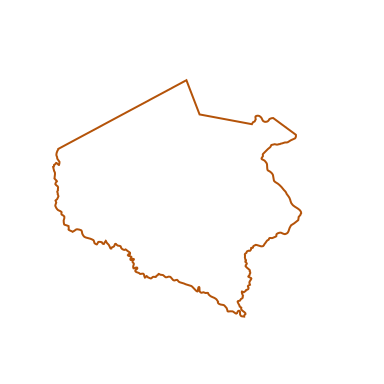 outline of La Campa, Lempira, Honduras, rotated 135°
{"feature_id": "27666195B33699186297111", "entity_name": "La Campa", "entity_type": "district", "adm_level": 2, "iso_a3": "HND", "parent_name": "Honduras", "parent_adm1": "Lempira", "projection": "equal_earth", "projection_center": [-88.545, 14.476], "detail": "fine", "context": "isolated", "style": "outline", "palette": "amber", "viewbox_px": 384, "rotation_deg": 135, "n_neighbors": 0, "source": "geoboundaries", "source_scale": "gbopen_adm2", "svg_char_len": 6011}
<svg xmlns="http://www.w3.org/2000/svg" viewBox="0 0 384 384"><g transform="rotate(135 192 192)"><path d="M298.3,245.1L297.5,243.5L297.4,243.0L297.9,241.8L298.9,240.4L299.3,239.5L299.7,238.0L299.8,236.4L299.2,234.8L296.9,230.8L296.2,229.1L295.8,227.8L295.8,227.2L297.1,224.7L297.0,224.0L296.8,223.1L296.4,222.3L296.2,222.2L293.6,222.9L293.0,222.5L292.0,221.4L291.4,220.4L291.3,219.9L291.6,219.2L291.7,218.7L291.4,218.0L291.1,217.6L289.2,218.1L287.5,218.4L287.5,218.2L287.9,217.3L288.2,215.9L288.2,214.0L288.3,213.1L289.3,210.4L289.5,209.8L289.4,209.4L289.0,209.1L288.5,209.5L288.0,209.5L286.7,209.0L285.6,208.7L283.2,209.6L282.7,209.4L282.5,209.0L282.6,208.0L282.4,206.6L281.3,205.1L280.9,204.2L281.0,203.7L281.4,203.1L281.6,202.5L281.7,201.2L281.5,200.3L280.9,199.0L280.4,198.6L279.6,198.4L279.4,197.7L279.3,196.1L278.8,193.4L278.8,192.9L279.4,192.2L280.0,191.9L280.3,192.0L280.4,192.6L280.8,192.9L282.0,192.7L282.1,192.3L282.0,191.7L280.9,189.8L280.8,188.9L281.0,188.7L283.0,188.2L283.4,187.5L283.3,187.1L283.1,186.9L282.2,187.1L281.4,186.9L280.7,186.0L280.6,185.6L280.9,185.3L282.5,185.4L283.3,184.8L283.6,184.4L283.7,182.8L284.0,182.2L286.0,181.1L286.8,180.4L287.1,179.8L287.3,179.4L287.1,179.1L285.3,178.3L284.5,177.7L284.3,177.3L284.5,176.8L285.2,176.5L287.2,176.7L287.8,176.4L288.1,175.9L288.1,175.5L288.0,174.8L286.8,172.3L286.6,170.7L284.8,169.3L284.4,168.9L284.2,168.5L284.4,167.5L285.4,165.9L285.8,164.8L285.3,164.5L284.2,164.8L283.6,164.7L283.4,163.8L283.5,162.8L282.4,160.2L281.9,159.8L281.5,159.7L280.2,159.7L279.5,159.5L279.0,159.1L278.0,157.8L277.4,157.5L277.1,157.5L276.3,157.9L275.4,157.5L274.4,157.5L273.7,157.7L273.4,157.6L273.1,156.8L272.9,155.9L271.7,154.4L271.2,153.6L271.0,150.8L270.8,150.2L270.0,149.5L268.4,148.7L267.8,148.0L267.4,147.4L267.3,146.8L267.6,143.2L267.4,142.5L266.9,141.8L265.4,141.0L264.7,140.4L264.6,139.7L264.8,138.0L264.4,136.7L262.4,133.0L261.7,131.2L259.0,126.1L258.8,125.0L258.9,119.2L258.7,118.2L258.4,117.8L258.2,117.8L255.1,119.9L254.6,120.0L254.2,119.8L254.2,119.5L254.4,119.1L256.7,116.6L256.9,115.8L256.9,115.0L256.8,114.5L256.5,114.0L254.8,113.0L253.9,111.1L253.4,110.6L252.5,109.9L252.1,109.2L252.7,107.8L252.6,105.8L252.3,104.4L251.0,101.1L250.6,98.9L251.1,96.2L251.2,95.9L251.7,95.7L252.0,95.2L252.1,94.7L252.1,94.2L251.9,93.5L251.4,92.3L249.7,89.9L249.4,89.1L249.4,88.3L249.6,85.4L250.7,83.2L251.1,82.6L251.1,82.3L250.7,81.7L249.3,80.6L247.8,79.0L247.5,78.3L247.0,75.3L246.6,74.7L245.8,74.5L244.6,75.0L243.5,75.2L243.0,75.0L242.6,74.6L242.5,74.1L242.6,73.6L244.6,71.4L244.8,70.8L245.0,70.0L244.9,69.4L244.7,68.9L243.2,67.0L242.6,67.6L241.7,67.9L240.5,67.9L240.0,68.5L239.9,69.8L240.3,72.7L240.2,74.0L240.0,74.5L238.9,75.4L239.3,77.3L238.8,77.9L238.0,80.6L237.4,82.1L237.0,82.3L236.6,82.3L234.9,81.3L233.1,81.7L232.0,81.4L230.9,81.4L230.0,82.3L229.3,82.5L228.8,84.0L228.2,85.1L227.6,86.0L227.1,86.3L226.9,86.1L226.3,84.5L224.0,84.1L222.9,84.4L221.9,83.8L220.9,83.6L220.2,83.9L219.7,84.4L219.4,85.5L219.0,85.9L218.4,86.0L216.6,85.4L215.8,87.0L215.2,87.6L214.3,88.0L211.9,88.5L211.2,88.9L211.1,89.4L211.9,91.7L212.0,92.3L211.2,92.6L209.9,92.6L209.0,93.3L208.1,93.5L207.5,94.2L207.2,95.3L206.5,95.7L206.4,96.3L206.7,100.2L206.6,101.5L206.3,101.6L205.9,102.2L204.7,102.3L203.9,102.6L203.6,103.5L203.5,104.1L203.7,104.6L203.6,104.9L203.2,105.3L202.5,105.2L202.1,105.5L201.9,105.9L202.0,106.5L200.9,108.3L199.5,109.5L199.0,110.3L198.4,110.7L197.5,110.7L196.7,110.5L195.5,111.0L195.1,111.1L193.5,110.5L192.7,109.5L192.4,109.4L191.0,109.6L189.7,110.6L189.3,110.4L188.9,109.8L188.4,109.6L188.0,109.7L187.3,110.2L186.6,110.3L185.2,109.8L184.5,109.7L183.8,108.9L181.6,104.8L180.8,104.0L180.0,103.5L179.0,103.5L177.6,103.9L175.9,104.1L173.7,104.5L172.9,104.5L172.0,104.2L171.4,104.1L170.3,104.6L169.8,104.6L169.3,104.3L168.3,103.1L167.7,102.6L164.2,101.2L163.5,101.2L162.7,102.0L161.9,102.4L160.7,102.2L159.0,101.4L157.9,100.4L156.9,97.8L156.1,96.5L155.1,96.0L153.9,95.6L153.0,95.6L151.8,95.9L148.3,97.6L145.5,98.4L141.9,97.6L136.8,97.0L135.5,97.9L134.3,98.9L131.3,99.2L130.5,99.7L129.8,99.8L129.1,100.7L128.7,102.1L128.6,103.3L128.9,105.6L129.7,109.1L130.0,111.3L129.7,113.8L128.8,115.8L128.0,117.2L127.2,119.1L126.9,120.5L126.4,123.8L125.8,125.3L125.6,126.7L125.6,128.3L125.2,132.2L125.2,135.1L125.4,137.2L126.1,140.2L126.1,142.0L122.8,146.7L122.6,147.2L122.3,148.5L122.3,150.0L122.5,151.7L123.0,153.2L123.0,153.9L122.9,154.4L122.0,155.6L119.4,158.5L118.9,159.5L118.6,161.3L118.5,163.0L119.4,165.8L119.3,166.3L118.9,166.7L116.5,167.2L115.4,168.5L114.8,168.7L107.9,168.7L104.9,168.4L102.6,169.1L99.7,167.3L98.7,165.7L97.8,164.9L96.6,164.3L96.0,163.7L95.0,163.4L94.0,162.7L91.4,161.4L89.9,160.0L89.1,159.5L85.6,158.7L81.3,157.1L80.4,157.2L79.4,157.7L78.7,158.3L78.1,159.0L82.3,186.9L83.7,188.0L85.6,188.8L87.4,188.4L88.7,188.5L89.9,189.2L90.8,190.0L91.3,191.1L91.5,192.3L90.5,195.2L90.4,196.2L90.5,197.3L90.7,198.2L91.1,198.9L91.7,199.6L92.4,200.1L93.4,200.5L93.8,200.4L94.3,200.0L95.7,198.2L96.8,198.0L97.6,197.6L98.0,197.6L99.6,198.2L101.7,197.6L131.8,241.5L116.9,275.0L256.0,317.0L256.1,316.8L258.0,316.3L260.0,315.4L261.0,314.7L261.7,314.1L262.1,313.5L262.7,312.1L263.7,310.8L264.4,307.0L265.4,306.1L266.5,305.4L266.9,305.2L267.1,305.4L267.3,308.3L267.5,308.6L269.6,308.4L270.3,308.7L271.7,307.7L272.0,307.6L272.5,307.9L274.6,304.4L275.1,302.9L275.5,302.3L276.5,301.3L279.7,298.8L279.8,296.2L279.9,295.1L280.2,295.0L281.3,295.1L283.0,294.3L283.1,293.9L283.2,293.0L283.0,290.9L283.2,290.4L283.5,289.9L285.1,288.6L285.4,288.1L287.1,287.5L287.9,285.9L288.5,285.5L288.9,284.4L289.5,283.4L292.4,282.3L294.5,282.5L295.5,280.5L297.0,279.8L298.1,279.2L298.5,278.8L299.2,276.9L299.5,275.3L299.5,273.9L298.7,271.7L298.4,270.3L298.6,269.8L299.4,269.3L300.1,268.4L300.1,268.0L299.7,266.7L299.6,265.1L300.0,264.5L300.9,263.7L302.9,262.6L304.4,260.9L305.3,259.5L305.3,259.1L304.0,256.5L303.4,255.2L304.8,253.5L305.8,252.8L305.9,252.4L305.5,251.0L304.7,249.0L304.6,248.3L302.7,247.8L300.3,247.4L299.5,246.8L298.3,245.1Z" fill="none" stroke="#b45309" stroke-width="2"/></g></svg>